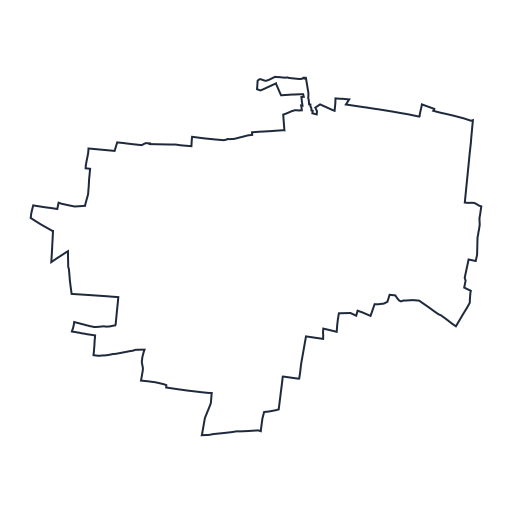 outline of Buctzotz, Yucatán, Mexico
{"feature_id": "50627088B3254023966858", "entity_name": "Buctzotz", "entity_type": "district", "adm_level": 2, "iso_a3": "MEX", "parent_name": "Mexico", "parent_adm1": "Yucatán", "projection": "robinson", "projection_center": [-88.667, 21.212], "detail": "fine", "context": "isolated", "style": "outline", "palette": "slate", "viewbox_px": 512, "rotation_deg": 0, "n_neighbors": 0, "source": "geoboundaries", "source_scale": "gbopen_adm2", "svg_char_len": 5868}
<svg xmlns="http://www.w3.org/2000/svg" viewBox="0 0 512 512"><path d="M472.9,120.2L471.9,120.5L470.9,120.7L463.9,118.4L458.2,116.9L453.7,115.7L450.3,114.9L445.1,113.7L443.7,113.4L441.2,112.9L438.5,112.2L433.3,110.8L434.1,109.6L434.3,108.9L421.9,104.4L421.3,107.6L420.7,110.0L420.2,112.4L419.7,114.7L419.7,116.0L419.5,116.3L419.3,116.6L415.7,115.9L408.2,114.3L400.4,113.0L396.5,112.3L394.7,112.0L393.9,111.8L377.8,109.2L376.1,109.0L368.9,107.9L368.6,107.8L368.3,107.8L367.1,107.6L366.8,107.4L366.3,107.5L364.1,107.2L345.9,104.5L349.2,99.4L345.6,99.1L342.7,98.8L340.5,98.8L335.5,98.4L335.3,103.6L334.6,110.8L333.9,110.6L332.7,110.1L320.1,104.4L315.3,107.6L317.0,111.3L316.7,114.4L312.4,113.3L312.7,110.8L311.5,110.5L311.4,110.0L311.4,109.0L311.3,108.0L310.4,106.3L310.4,104.5L309.8,104.4L309.1,104.4L309.0,104.0L309.0,102.2L308.6,99.3L308.2,97.9L308.4,96.1L308.4,93.0L305.9,77.8L303.6,77.7L303.2,77.9L303.5,78.4L302.9,78.3L301.5,78.9L299.2,79.0L298.1,78.9L294.3,78.5L292.1,78.3L288.6,77.9L287.7,77.4L285.7,77.7L282.9,77.5L279.9,77.2L276.4,77.0L275.5,77.0L275.1,76.8L269.8,79.4L268.4,80.0L267.7,80.3L266.6,80.6L265.9,80.8L265.1,80.7L263.6,80.3L262.9,80.0L262.3,79.8L261.0,79.3L260.2,79.2L259.2,79.4L258.4,80.0L257.6,80.9L257.2,87.3L257.0,89.2L260.1,90.3L260.6,90.4L262.7,89.5L265.0,88.5L267.7,87.2L269.3,86.5L275.9,83.4L275.9,83.5L278.6,89.7L279.8,92.5L281.1,95.3L285.2,95.0L288.8,94.8L289.6,94.7L293.3,94.5L294.9,94.5L298.8,94.3L302.7,94.2L303.1,94.2L303.8,96.8L301.4,97.0L301.9,101.6L302.5,105.7L301.1,105.5L301.6,108.0L301.8,110.3L299.5,110.3L299.3,110.5L295.7,110.2L294.7,110.3L291.6,111.2L288.7,112.5L285.6,113.8L283.2,114.6L283.7,121.1L283.8,122.6L284.0,125.3L284.4,130.3L283.9,130.2L274.5,130.8L272.6,131.0L262.1,131.6L260.9,131.6L252.0,132.3L252.2,134.9L247.8,135.4L246.0,135.9L238.0,137.9L234.2,138.9L230.4,139.1L229.0,139.1L227.4,139.0L226.9,139.5L223.8,140.2L214.5,139.4L209.5,138.9L203.6,138.3L192.1,136.8L191.8,139.6L191.4,146.2L186.6,145.8L180.7,145.3L176.0,144.6L174.9,144.5L169.4,144.5L164.0,144.4L149.8,144.1L149.9,143.4L147.5,143.3L146.1,143.1L144.6,143.6L141.8,145.1L141.4,145.1L138.5,144.8L135.6,144.5L129.3,143.8L124.4,143.2L124.2,143.1L118.1,142.5L117.2,142.4L114.6,150.9L92.0,148.8L88.5,148.5L88.5,149.0L88.1,153.6L86.8,159.9L86.3,162.6L85.9,164.9L85.6,168.3L90.1,168.8L89.6,174.4L89.1,179.3L88.7,186.8L88.4,190.2L88.1,194.2L85.3,204.3L85.1,205.8L79.7,206.2L74.6,206.5L68.2,205.2L65.5,204.6L61.4,203.7L58.6,202.7L58.0,205.5L57.3,209.0L51.6,208.1L44.5,207.2L33.2,205.4L32.2,209.4L31.7,211.4L31.2,213.8L30.7,218.0L36.5,221.7L41.0,224.5L49.0,229.0L52.2,230.8L53.0,230.9L52.5,241.3L52.3,244.0L52.2,246.6L51.9,252.4L51.3,262.1L56.6,258.5L66.9,251.8L68.0,251.2L68.0,256.4L68.1,260.1L68.1,260.9L68.2,266.3L68.3,267.3L68.9,269.0L69.8,279.5L69.8,280.0L70.7,287.2L71.6,293.9L90.0,295.1L95.9,295.5L107.7,296.3L110.9,296.6L113.9,296.8L118.3,297.1L117.7,303.8L117.0,310.3L116.4,316.7L115.6,324.6L115.2,325.4L113.6,325.6L110.0,326.4L107.4,326.6L106.4,326.6L105.9,326.6L103.8,326.3L100.5,326.6L97.9,326.9L97.2,326.9L95.9,327.0L95.1,327.0L94.2,327.0L93.5,326.9L92.6,326.6L91.8,326.5L91.1,326.4L89.8,326.1L89.1,325.9L88.8,325.9L88.0,325.6L86.6,325.3L86.0,325.2L84.8,324.8L84.1,324.6L80.5,323.7L80.0,323.5L79.4,323.4L79.0,323.2L78.5,323.1L77.5,322.9L76.0,322.5L75.3,322.3L74.2,322.0L74.0,323.3L73.8,324.8L73.6,325.7L73.2,327.5L73.0,328.2L72.8,328.9L72.6,329.4L72.2,330.3L71.9,331.5L72.3,331.6L73.4,331.8L75.2,332.0L75.8,332.1L76.7,332.3L77.8,332.6L78.5,332.6L79.1,332.7L79.8,332.8L80.3,333.0L81.7,333.3L82.3,333.4L85.2,333.8L86.3,334.1L88.4,334.4L89.7,334.6L90.4,334.7L91.2,334.8L92.4,335.0L93.6,335.2L95.1,335.4L95.0,336.1L95.0,337.4L94.7,339.8L94.4,344.9L94.4,345.9L94.2,347.6L94.0,350.5L93.9,351.5L93.5,355.2L96.8,355.6L98.7,355.8L102.5,355.5L103.8,355.4L105.1,355.4L106.7,355.2L108.8,354.9L113.1,354.0L115.5,353.9L119.7,353.1L125.5,352.0L130.5,351.0L132.5,350.8L135.6,349.8L139.7,349.7L144.5,349.7L143.6,352.4L142.4,356.9L141.8,361.8L141.9,362.8L142.9,368.0L142.8,370.4L141.0,380.6L148.1,381.3L151.7,381.8L154.4,382.1L155.4,382.3L159.1,383.1L163.7,384.2L166.3,385.1L166.2,387.5L177.6,389.2L188.5,390.7L194.8,391.4L200.5,392.1L208.1,392.9L211.7,393.0L210.9,402.8L210.3,404.7L204.9,418.0L202.0,434.5L201.8,435.2L209.2,434.9L213.1,434.1L219.0,433.5L224.1,433.0L231.9,432.1L236.1,431.4L237.2,431.3L239.8,431.4L248.8,431.0L251.3,430.8L256.1,430.5L258.3,430.4L260.8,431.2L261.0,429.1L262.4,418.6L264.1,412.0L269.0,411.5L275.8,410.2L278.7,409.4L280.2,397.4L280.9,391.8L282.1,382.4L282.7,376.8L282.9,376.5L298.5,378.7L299.2,378.6L300.1,372.7L301.1,364.0L306.0,336.4L323.1,338.9L323.2,334.9L323.0,332.7L323.1,331.2L323.3,328.6L327.2,329.5L336.7,331.8L337.2,325.1L337.9,319.2L338.9,313.3L350.4,313.0L356.2,315.7L357.6,310.7L362.6,312.5L366.8,314.3L370.5,315.9L371.8,312.3L374.6,304.2L377.8,304.3L383.8,303.6L387.4,301.8L389.6,294.8L395.3,295.4L397.4,298.5L398.5,299.8L399.2,300.5L399.9,300.9L400.8,301.3L401.3,301.3L403.5,300.5L404.1,300.4L404.6,300.6L412.7,300.1L418.8,300.6L419.5,300.9L429.6,307.9L434.2,311.3L438.6,314.3L440.2,315.0L441.3,315.5L442.4,316.4L445.0,318.2L452.4,323.9L455.9,326.3L463.1,314.1L465.0,311.0L467.1,307.6L467.2,307.4L469.7,302.9L469.8,302.5L469.9,298.8L470.4,292.9L470.8,290.8L464.2,287.6L465.6,280.7L464.7,277.8L468.6,259.5L475.7,261.0L477.1,254.8L477.5,237.6L478.1,234.7L478.4,232.7L478.4,232.2L478.6,231.5L478.9,230.0L479.1,228.8L479.4,227.0L479.5,226.1L479.7,225.1L479.7,224.4L479.6,221.8L479.5,220.2L479.5,218.7L479.4,218.3L479.6,217.5L479.7,216.6L480.0,215.4L480.2,213.9L480.4,212.6L480.6,211.0L481.0,208.5L481.2,206.9L481.3,206.4L480.1,206.0L478.9,205.6L477.8,204.8L477.3,204.5L476.5,204.1L475.6,203.6L475.3,203.4L474.0,202.9L471.3,202.8L470.1,202.8L469.5,202.9L467.0,202.8L466.7,202.8L466.0,202.7L465.0,202.5L464.8,202.5L468.9,161.4L469.7,153.2L470.9,142.5L471.3,137.1L472.9,120.2Z" fill="none" stroke="#1e293b" stroke-width="2"/></svg>